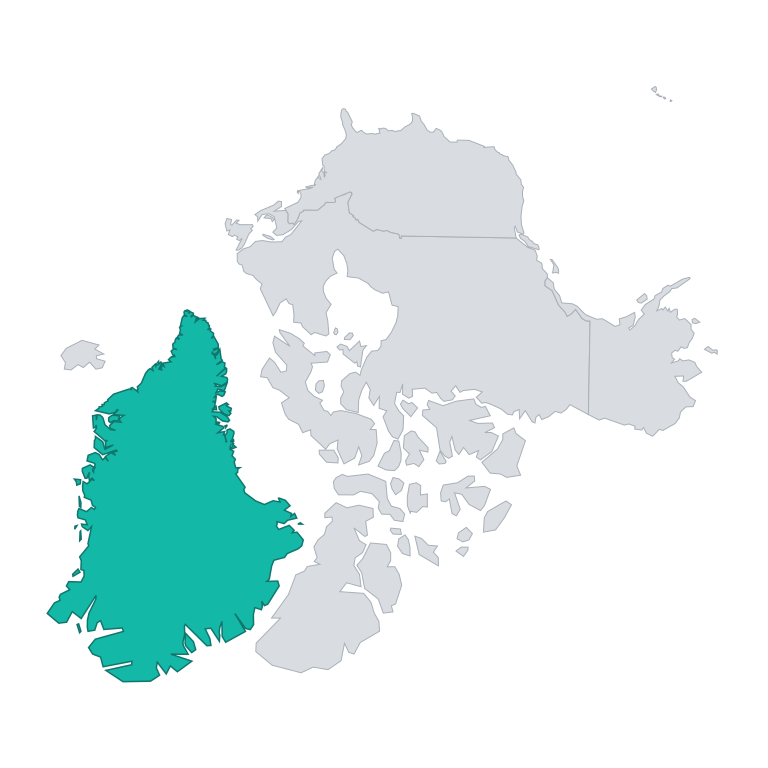 Greenland highlighted, Mercator projection, rotated 181°
{"feature_id": "GRL", "entity_name": "Greenland", "entity_type": "country or territory", "adm_level": 0, "iso_a3": "GRL", "parent_name": "North America", "parent_adm1": "", "projection": "mercator", "projection_center": [-41.68, 71.708], "detail": "fine", "context": "with_neighbors", "style": "filled", "palette": "teal", "viewbox_px": 768, "rotation_deg": 181, "n_neighbors": 3, "source": "natural_earth", "source_scale": "50m", "svg_char_len": 18370}
<svg xmlns="http://www.w3.org/2000/svg" viewBox="0 0 768 768"><g transform="rotate(181 384 384)"><path d="M254.4,532.3L242.9,523.2L235.3,520.5L233.0,514.6L233.6,510.4L228.3,507.5L227.6,502.0L222.6,496.8L222.5,493.2L224.8,489.7L224.7,485.0L217.6,480.3L210.8,465.9L204.2,459.0L202.0,454.8L197.8,457.5L193.8,462.0L187.2,453.1L183.2,450.7L179.1,450.5L179.1,357.0L197.7,366.6L201.4,361.7L206.4,358.1L212.5,359.5L218.8,354.2L225.6,351.2L228.4,356.2L231.5,353.4L232.4,347.6L235.3,349.0L242.3,359.8L247.8,351.6L248.4,360.8L253.5,358.8L255.1,355.3L260.1,356.0L266.4,361.0L276.1,365.3L281.9,367.3L285.9,366.5L291.5,372.3L285.7,377.8L293.2,380.2L304.4,378.9L307.9,377.0L312.3,383.5L316.8,378.0L312.6,373.3L315.3,369.4L323.7,367.7L327.0,370.5L331.2,376.5L335.8,375.7L343.1,380.6L355.6,379.2L355.2,372.2L358.9,370.3L365.3,374.1L365.3,384.5L367.9,375.7L371.2,376.0L373.1,364.6L368.7,357.4L363.8,352.5L364.2,338.6L369.1,329.1L374.5,331.3L378.7,337.0L384.4,351.2L380.7,357.2L388.4,359.6L388.4,371.4L393.9,362.4L398.9,369.8L397.7,378.1L401.7,385.5L406.0,377.6L409.0,367.9L409.3,355.0L421.3,357.7L426.9,363.5L427.1,369.3L424.0,375.3L426.9,381.2L426.4,386.4L418.3,393.8L412.5,395.4L408.2,392.2L407.0,397.4L401.8,410.2L397.0,416.7L391.0,417.3L387.8,421.3L387.5,427.3L382.7,428.4L377.6,435.7L373.1,445.5L371.5,452.1L371.2,461.6L377.3,463.0L381.1,476.2L386.9,474.7L394.7,478.0L398.8,480.9L401.8,484.4L411.4,489.5L422.7,490.7L422.1,496.9L423.3,503.9L426.4,511.6L432.5,518.0L435.7,515.8L438.0,508.9L435.8,497.9L432.9,494.1L439.5,490.8L444.2,485.6L446.5,480.4L446.2,475.3L443.4,468.8L438.3,462.8L443.2,454.3L441.4,446.7L440.0,433.1L442.9,431.0L454.3,434.3L457.7,432.0L466.7,440.1L468.0,443.5L475.4,444.1L475.2,451.2L476.6,461.6L480.4,462.8L483.4,467.5L489.4,463.1L493.4,454.1L496.1,450.3L509.4,477.1L507.7,481.9L513.2,486.1L516.9,490.3L523.6,492.1L526.2,494.4L527.9,500.4L531.1,501.4L532.8,504.0L533.1,511.7L527.1,516.6L520.2,518.9L515.0,524.3L508.0,525.3L499.1,524.0L488.6,524.4L485.1,529.0L479.8,531.8L469.1,545.7L472.6,544.7L479.3,536.7L488.0,531.4L494.2,530.8L497.8,533.9L493.9,538.1L496.6,549.3L502.0,552.2L508.8,551.4L513.0,544.6L513.3,549.0L516.0,551.2L510.8,555.0L497.5,560.9L492.9,565.0L489.7,564.6L489.6,559.7L496.8,554.9L485.5,555.8L482.8,552.5L482.8,544.3L481.0,542.5L478.2,543.5L476.8,541.9L473.7,546.5L470.9,553.9L467.8,555.1L467.4,556.6L453.5,556.6L446.7,562.3L445.4,564.6L437.5,564.6L435.6,565.5L436.6,568.9L431.1,571.7L426.9,572.6L422.0,575.6L419.1,573.9L423.3,564.9L421.6,554.6L417.3,551.8L417.8,550.7L416.0,550.0L415.0,547.6L413.1,548.1L413.3,547.5L412.3,546.9L411.9,545.3L397.4,536.6L393.7,538.4L387.2,536.8L383.9,537.6L379.8,535.7L372.7,534.3L371.4,533.3L370.7,529.8L369.3,529.8L369.3,532.3L254.4,532.3ZM415.6,431.9L418.7,427.7L424.4,427.8L424.3,429.6L419.4,434.5L416.5,434.3L415.6,431.9ZM433.1,317.0L428.5,309.5L428.7,304.2L440.2,304.8L447.4,312.8L447.7,316.7L433.1,317.0ZM430.9,435.2L432.5,432.5L434.2,432.7L435.2,434.5L433.6,439.2L431.8,438.4L430.9,435.2ZM375.7,284.4L373.4,290.6L367.4,289.4L362.4,285.3L364.6,278.0L370.5,273.5L374.2,279.3L375.7,284.4ZM374.7,240.0L365.1,239.3L364.0,233.9L372.3,234.1L375.2,237.8L374.7,240.0ZM362.6,214.8L367.6,222.1L366.5,229.4L360.3,233.5L357.0,228.9L355.2,221.3L354.9,212.5L362.6,214.8ZM398.3,293.7L380.6,286.7L378.7,269.5L374.5,262.0L365.9,259.8L361.1,254.3L362.7,246.8L371.2,247.9L375.8,253.8L384.0,253.8L387.6,259.7L386.6,266.3L394.0,274.1L405.7,276.3L412.3,272.6L427.5,272.4L431.9,278.7L432.9,285.3L430.3,289.5L424.1,292.9L418.8,291.0L398.3,293.7ZM302.4,227.5L308.3,230.6L306.9,236.5L299.2,242.1L293.0,235.9L296.4,229.6L302.4,227.5ZM301.5,213.0L309.1,218.3L304.0,222.3L297.1,222.3L297.2,219.3L301.5,213.0ZM534.2,515.4L528.4,527.1L531.2,524.9L533.9,526.3L532.5,528.5L536.2,530.3L538.1,528.7L542.2,530.7L540.9,535.3L543.8,534.2L545.7,541.4L543.9,546.7L539.3,545.8L540.2,540.8L539.0,540.1L534.2,545.4L531.8,545.1L534.7,542.3L530.7,540.8L518.2,541.0L517.6,539.1L520.1,537.0L518.3,535.3L521.8,531.5L526.1,521.2L528.7,517.4L532.3,515.1L534.2,515.4ZM413.6,404.3L425.4,413.3L425.7,417.8L428.8,417.1L431.7,420.2L428.1,423.2L421.6,420.9L419.3,416.7L409.2,426.5L407.8,421.1L402.2,422.0L405.8,417.3L407.8,400.6L410.8,401.5L411.5,405.9L413.6,404.3ZM437.3,323.3L441.2,317.8L456.1,331.2L456.6,336.9L464.4,333.9L468.7,342.2L478.7,347.1L482.3,352.1L486.2,363.3L478.6,368.6L488.4,376.0L495.0,378.4L500.9,388.3L507.5,389.1L506.2,396.4L498.9,408.0L493.8,403.8L487.3,394.0L481.9,395.3L481.4,401.1L493.1,414.0L495.8,423.3L494.3,429.9L478.7,420.0L488.9,433.4L489.6,436.5L478.3,433.0L469.4,427.8L464.4,423.3L465.8,420.7L453.6,411.1L453.7,413.9L441.7,415.5L438.2,412.2L440.9,405.0L457.2,403.5L455.8,399.9L457.3,394.8L462.7,384.6L459.9,376.0L453.6,370.5L445.2,366.6L447.8,363.7L443.4,356.4L439.8,355.7L436.5,351.5L434.3,355.1L426.7,356.7L411.6,354.0L396.1,348.5L392.7,344.2L397.0,338.3L391.1,338.3L389.8,324.9L393.0,312.4L397.3,306.5L408.0,302.6L404.9,312.0L408.2,320.8L412.0,309.4L422.6,303.4L429.7,318.3L429.1,327.2L437.3,323.3ZM372.0,297.6L380.6,298.1L388.6,301.8L382.4,314.7L377.4,317.5L373.0,327.7L368.2,327.2L365.6,315.1L365.7,308.0L367.9,301.7L372.0,297.6ZM254.4,265.5L261.4,252.2L269.9,240.1L282.0,237.6L281.4,252.0L278.2,258.3L260.0,269.2L254.4,265.5ZM213.5,498.6L217.4,498.0L216.2,506.0L219.8,511.5L218.2,511.4L212.0,503.0L211.3,499.9L211.5,497.7L213.5,498.6ZM326.4,203.1L345.8,214.0L350.5,232.4L343.8,230.2L336.9,223.6L327.7,222.9L331.7,216.7L326.7,211.5L326.4,203.1ZM251.6,535.3L249.5,536.2L242.7,533.4L241.5,531.1L237.8,528.9L237.0,527.1L232.8,525.9L231.2,522.4L231.5,520.9L242.3,524.0L245.8,529.2L249.9,531.9L251.6,535.3ZM259.8,292.8L265.7,296.0L276.3,296.8L284.8,307.4L269.4,321.0L264.3,330.5L264.3,336.2L253.4,342.4L251.2,336.8L241.6,329.8L249.8,304.4L245.8,295.2L259.8,292.8ZM316.7,270.2L320.4,267.3L324.8,268.1L325.5,276.3L323.0,284.0L308.9,286.5L298.5,293.3L292.2,293.6L291.6,288.6L300.2,281.5L281.5,283.4L275.7,280.5L281.4,264.1L285.3,259.2L296.9,265.1L304.3,275.1L311.6,276.4L305.6,260.1L309.4,253.5L313.7,255.6L316.7,270.2ZM322.1,313.2L326.8,318.9L330.7,341.2L345.1,353.3L344.7,358.6L337.8,359.5L340.5,364.0L339.1,368.3L324.5,363.3L311.8,368.0L293.9,370.7L291.7,365.3L286.0,362.2L282.3,363.5L277.2,354.1L297.7,349.1L289.6,346.2L274.9,346.9L272.7,342.3L282.3,337.2L275.9,337.4L268.7,333.9L275.0,318.4L286.2,309.8L290.4,312.5L288.3,319.1L297.6,314.9L303.3,321.9L308.0,314.8L311.8,319.4L315.2,332.7L317.3,327.2L314.3,313.0L318.0,310.9L322.1,313.2ZM347.4,318.4L342.8,309.1L347.7,302.0L352.7,305.1L360.1,303.2L361.1,307.5L357.3,314.4L363.5,320.4L362.8,332.6L356.0,337.6L352.0,336.6L349.1,331.6L338.8,321.1L338.9,316.7L347.4,318.4ZM321.8,305.6L327.4,305.0L330.5,308.2L326.9,317.6L320.4,307.6L321.8,305.6ZM355.4,254.9L358.6,263.1L358.7,271.9L356.8,284.1L350.0,285.8L345.5,283.2L345.6,273.6L338.8,274.9L338.5,261.7L343.0,262.2L349.2,256.2L355.1,257.2L355.4,254.9ZM362.8,183.2L368.6,164.2L372.8,162.4L371.0,156.3L380.7,154.9L386.0,169.0L399.8,179.2L403.0,195.0L408.0,202.3L402.3,208.9L394.7,224.8L378.7,223.6L374.3,215.1L374.3,207.3L377.6,201.3L370.0,201.5L365.5,193.9L362.8,183.2ZM384.1,136.8L403.2,125.2L409.3,113.4L414.5,115.1L419.0,124.0L422.1,106.6L435.0,97.4L449.9,99.7L461.9,93.8L491.0,100.9L507.5,114.2L507.3,122.7L483.4,148.1L492.4,148.0L475.9,171.8L468.8,191.7L460.2,195.6L457.6,200.2L445.0,202.6L450.7,205.4L447.8,209.3L451.3,219.8L447.3,226.9L440.9,232.6L439.0,240.2L433.2,245.9L433.7,250.1L440.8,249.3L440.9,253.8L429.8,264.5L419.0,259.6L406.8,262.4L392.8,259.3L392.3,250.6L399.9,246.4L397.9,232.6L400.4,231.2L411.5,239.6L405.9,227.0L399.1,223.0L402.5,214.9L409.8,209.8L411.0,202.1L405.2,193.2L403.4,180.9L418.0,184.6L424.5,175.6L400.6,174.3L393.3,165.6L389.8,154.8L385.0,146.7L384.1,136.8ZM452.0,382.8L449.3,386.0L444.7,386.5L443.6,381.3L445.4,375.1L449.2,373.5L452.4,376.6L452.0,382.8ZM364.7,359.7L367.2,364.2L364.7,368.2L359.1,364.7L355.7,366.0L350.0,360.7L356.6,351.8L364.7,359.7ZM496.4,526.7L497.8,526.1L503.3,527.8L507.5,530.4L507.7,531.6L500.3,529.7L496.4,526.7ZM498.5,544.4L499.9,547.4L506.8,548.0L504.8,550.5L503.2,550.9L498.0,548.3L496.9,546.3L498.5,544.4Z" fill="#d9dde1" stroke="#a8b0b8" stroke-width="1"/><path d="M254.4,532.3L369.3,532.3L369.3,529.8L370.7,529.8L371.4,533.3L372.7,534.3L379.8,535.7L383.9,537.6L387.2,536.8L393.7,538.4L397.4,536.6L411.9,545.3L412.3,546.9L413.3,547.5L413.1,548.1L415.0,547.6L416.0,550.0L417.8,550.7L417.3,551.8L421.6,554.6L423.3,564.9L419.2,573.3L419.6,574.7L421.0,575.6L436.6,568.9L435.6,565.5L437.5,564.6L445.4,564.6L446.7,562.3L453.5,556.6L467.4,556.6L467.8,555.1L470.9,553.9L473.7,546.5L476.8,541.9L478.2,543.5L481.0,542.5L482.8,544.3L482.8,552.5L486.3,557.7L473.2,564.2L470.3,568.9L470.2,571.9L471.6,574.9L473.3,575.0L472.9,573.0L474.1,574.2L473.8,575.8L461.7,578.1L458.3,579.7L464.4,578.7L465.6,579.7L459.8,581.3L457.1,581.4L457.3,580.7L456.0,582.2L457.2,582.4L456.3,586.3L453.3,590.5L453.0,589.1L450.7,587.5L451.6,590.4L452.6,591.3L452.7,593.3L449.0,599.6L449.9,595.8L447.8,593.8L447.3,589.3L446.5,591.7L447.4,595.0L444.7,594.2L447.5,595.9L447.7,600.9L448.9,601.2L449.9,608.1L447.3,611.9L443.0,613.4L440.2,616.3L438.2,616.7L436.1,618.5L435.5,620.2L430.9,623.4L426.6,628.6L426.0,632.0L426.7,635.4L429.9,642.8L430.0,644.9L431.9,650.3L431.6,655.2L430.6,658.0L429.3,658.6L427.3,658.0L426.6,656.0L425.1,655.0L420.3,645.6L421.2,642.4L420.0,639.8L416.8,635.9L415.2,635.1L411.0,637.3L408.2,634.8L405.6,633.6L400.9,634.2L397.2,633.7L392.4,634.8L393.1,636.1L393.0,638.0L393.9,638.9L393.1,639.6L391.6,638.9L390.0,639.8L387.0,639.6L383.9,637.1L380.3,637.7L377.3,636.6L371.2,638.0L367.4,641.6L363.3,643.6L361.0,645.8L360.1,647.9L360.1,651.2L361.0,655.0L359.4,655.1L353.2,652.6L351.2,647.2L348.7,644.5L345.2,638.5L342.3,636.6L338.9,636.7L336.3,640.5L332.8,639.0L330.7,637.6L328.3,632.5L322.2,627.1L315.0,627.1L315.0,629.1L303.4,629.1L287.7,623.3L288.1,622.3L278.1,623.2L277.4,620.7L274.7,617.9L272.8,617.3L272.3,615.8L270.0,615.6L268.5,614.2L264.7,613.7L263.6,612.9L263.1,610.1L259.1,605.0L255.6,597.8L255.8,596.6L250.7,590.4L250.2,586.0L247.9,583.1L248.9,578.5L248.7,573.8L247.4,569.5L249.0,564.1L250.0,553.5L249.3,545.5L246.7,537.4L247.3,536.2L253.3,538.3L255.5,544.1L256.5,542.5L254.4,532.3ZM179.1,357.0L179.1,450.5L183.2,450.7L187.2,453.1L193.8,462.0L197.8,457.5L202.0,454.8L204.2,459.0L210.8,465.9L217.6,480.3L224.7,485.0L224.8,489.7L222.5,493.2L216.5,488.1L215.4,481.7L210.0,475.5L207.8,468.2L197.2,467.5L192.3,465.2L183.8,456.9L172.5,452.4L166.8,453.1L153.7,445.6L149.1,447.4L149.9,453.2L142.8,455.5L134.6,460.0L134.0,455.2L135.9,447.0L140.3,444.3L139.1,442.2L133.9,447.0L131.0,452.5L125.0,458.4L128.1,462.3L124.2,468.0L115.5,473.7L114.5,477.0L108.0,481.0L106.7,484.5L101.9,487.6L99.0,487.0L87.5,494.0L80.4,496.0L79.7,494.8L92.7,485.2L97.9,484.4L99.9,481.3L105.7,476.8L109.7,472.5L110.4,466.6L112.5,461.9L107.7,464.3L106.4,462.9L104.1,465.8L101.4,461.8L100.3,464.7L98.8,460.7L94.6,463.9L92.1,463.9L91.7,459.1L92.5,456.1L89.8,453.1L84.4,454.7L78.0,448.8L78.0,444.0L74.8,440.3L76.4,435.3L79.8,430.3L81.3,425.6L84.7,424.9L87.5,426.4L90.8,421.9L93.9,422.7L97.0,419.8L96.3,415.5L93.9,413.8L97.0,410.1L90.0,412.3L88.8,414.4L85.5,412.3L79.6,413.4L73.6,411.1L71.8,407.1L66.6,401.3L81.7,392.0L85.1,392.0L84.5,397.2L93.3,396.8L89.9,390.4L84.8,386.4L77.9,376.3L72.2,372.7L74.5,366.8L81.8,366.4L87.1,361.1L88.1,355.3L92.3,349.5L104.2,342.5L108.0,343.4L114.4,336.5L120.7,339.3L123.7,345.0L125.5,342.5L132.5,343.3L132.3,346.2L138.6,348.3L142.9,347.1L162.8,353.7L168.3,351.7L179.1,357.0ZM51.5,419.7L54.1,421.5L56.7,420.5L64.2,424.2L60.7,427.2L55.9,423.5L52.3,424.0L51.3,423.2L51.5,419.7ZM119.3,681.1L121.8,683.6L118.1,686.2L117.1,685.6L116.5,682.7L117.4,681.5L117.4,680.2L119.3,681.1ZM116.8,678.0L115.1,678.9L113.9,677.3L114.3,676.9L116.8,678.0ZM113.7,676.2L113.5,676.7L111.3,676.6L111.6,676.0L113.7,676.2ZM108.4,673.8L110.0,675.6L109.7,675.8L108.0,675.6L107.3,674.4L108.4,673.8ZM102.9,671.6L102.5,673.1L101.1,672.2L101.9,671.5L102.9,671.6ZM73.4,449.8L76.7,450.6L77.1,453.8L74.5,455.1L69.3,451.3L73.4,449.8ZM128.3,469.4L131.1,469.9L132.8,472.4L125.1,478.9L123.0,477.0L122.3,473.4L128.3,469.4Z" fill="#d9dde1" stroke="#a8b0b8" stroke-width="1"/><path d="M703.9,393.3L702.9,399.9L707.6,406.8L702.2,414.2L686.7,422.4L669.7,418.0L673.7,413.8L664.7,409.1L672.1,407.2L671.9,404.3L663.2,401.9L666.0,395.3L672.3,393.8L678.7,400.7L685.0,395.2L690.3,398.1L697.0,392.6L703.9,393.3Z" fill="#d9dde1" stroke="#a8b0b8" stroke-width="1"/><path d="M639.8,81.8L657.1,92.8L631.4,98.9L631.2,102.4L659.9,96.4L662.6,106.0L670.6,108.9L674.8,115.3L668.2,123.8L640.1,132.1L641.5,135.5L659.8,133.7L663.3,142.4L666.6,140.4L668.9,132.8L675.6,131.6L676.4,135.6L676.4,142.6L674.9,149.9L668.4,163.7L668.2,167.6L682.7,144.2L691.7,151.0L697.2,140.3L705.0,139.2L716.7,148.7L709.6,159.5L704.1,162.0L705.1,165.2L703.9,168.0L694.6,172.9L698.0,176.5L695.7,180.9L683.5,180.7L680.5,186.7L680.8,192.3L683.8,193.2L683.6,202.0L685.3,205.8L676.4,217.1L677.2,219.2L673.9,236.3L677.5,232.3L683.2,236.1L684.0,238.7L678.3,238.1L680.2,242.9L687.6,244.9L688.2,247.3L688.0,251.2L686.9,254.1L679.1,251.2L674.4,255.4L671.4,253.5L670.3,255.6L673.3,257.5L674.9,262.8L681.7,265.5L681.3,267.6L683.2,271.7L683.6,276.1L683.1,281.2L679.1,279.0L674.3,283.7L671.9,282.2L674.1,284.7L677.0,282.9L677.8,287.2L676.8,289.6L677.5,289.9L679.4,284.5L681.2,284.5L684.1,291.3L684.1,294.4L676.4,298.0L673.0,295.9L673.8,292.3L672.9,291.0L672.9,293.7L671.4,295.3L672.0,296.5L671.4,298.7L672.3,299.8L679.6,301.9L678.5,307.6L671.4,310.4L667.7,308.6L663.9,303.2L661.7,305.6L658.2,301.9L661.3,306.5L656.0,310.6L651.0,308.0L654.0,310.7L649.7,312.3L650.6,313.3L664.0,308.4L672.7,315.4L672.5,322.6L671.7,323.4L671.6,326.5L664.2,321.3L661.9,313.7L653.5,318.3L661.1,315.7L661.6,321.2L659.5,322.7L662.1,322.4L673.0,331.5L670.7,334.7L670.8,336.2L671.1,338.0L671.6,335.6L673.8,335.0L674.8,347.1L671.2,347.9L671.0,342.9L670.0,348.2L667.3,348.0L664.6,345.6L662.2,338.3L656.7,333.7L651.7,333.0L656.9,334.9L657.6,337.7L653.2,341.8L646.3,341.2L648.0,343.2L647.3,345.5L643.5,348.1L654.1,348.7L649.5,353.2L650.5,353.7L652.0,351.1L658.2,349.3L672.0,352.3L668.3,355.0L668.5,356.1L665.1,356.7L665.6,358.5L663.3,358.6L663.3,360.3L659.6,362.4L660.0,363.5L654.2,369.1L638.8,374.5L636.6,374.0L637.1,375.4L635.6,376.1L630.0,371.9L630.6,373.9L629.8,374.4L630.6,376.8L626.7,380.5L622.6,390.5L620.4,393.5L618.1,395.4L615.3,393.5L616.3,396.6L613.2,399.7L612.5,397.9L612.0,400.1L610.3,399.3L607.5,402.1L606.4,400.9L609.4,394.9L605.8,394.0L607.5,395.3L605.9,399.0L604.3,397.9L605.6,400.9L597.4,402.5L599.9,404.6L597.1,407.5L593.6,407.7L594.1,409.3L595.4,408.8L597.4,413.1L594.9,415.5L591.6,414.8L595.6,416.4L595.9,420.2L593.8,422.2L593.5,424.4L592.4,426.4L589.1,425.0L591.4,427.2L590.2,429.3L585.9,429.5L589.2,430.9L588.5,434.6L589.4,437.2L587.4,438.4L588.5,438.7L586.9,446.6L585.5,448.7L581.9,448.1L584.8,449.8L585.2,452.5L584.4,453.7L581.7,452.8L583.0,454.2L581.9,454.6L579.8,453.7L580.6,450.8L579.0,452.9L575.8,451.4L575.9,449.9L577.5,449.2L578.4,447.5L575.8,449.3L573.0,447.9L572.7,446.5L573.8,442.8L569.6,446.2L564.2,446.6L565.9,444.6L563.3,444.6L563.2,443.0L561.1,442.2L560.6,440.1L559.6,439.5L560.0,438.7L559.2,436.9L561.5,435.2L558.2,435.9L558.5,433.9L555.3,431.7L555.4,429.5L557.5,426.5L555.0,428.6L550.5,421.0L550.2,417.6L555.6,415.6L554.6,415.7L554.8,414.7L550.2,416.7L549.6,415.7L551.5,412.3L553.8,411.1L555.2,411.1L556.6,413.4L556.1,410.9L554.5,410.3L552.7,406.0L553.6,410.0L551.6,411.6L551.9,410.1L551.4,410.4L548.7,415.6L547.3,406.5L546.1,404.8L552.1,400.3L546.1,403.4L543.4,402.1L543.8,398.2L542.6,397.5L551.6,388.8L544.0,395.9L541.6,396.4L541.6,393.7L542.5,391.3L546.7,388.9L541.3,387.7L540.5,386.1L540.9,383.1L546.2,379.4L554.1,381.9L551.8,380.1L552.6,378.9L546.9,378.5L541.1,381.7L543.6,374.4L550.0,376.1L551.8,372.4L547.5,374.3L542.6,373.4L544.0,369.9L545.8,368.8L549.9,370.8L551.9,370.0L553.3,367.8L551.5,368.4L552.1,363.9L555.4,363.4L552.2,363.0L553.3,357.6L555.2,356.0L554.6,354.4L555.3,353.2L547.3,352.9L540.0,348.4L537.8,344.9L539.4,343.4L545.0,344.3L550.3,348.2L553.8,348.7L551.2,346.3L551.4,343.0L549.3,341.0L552.4,341.1L544.2,338.8L543.7,337.1L549.3,332.3L542.4,333.7L543.6,330.6L542.8,330.9L540.8,324.1L541.5,323.1L540.3,323.7L542.3,329.5L540.0,332.6L540.2,335.2L537.2,336.4L533.4,334.0L533.1,332.2L534.6,326.6L536.6,323.2L533.5,325.6L533.3,324.0L534.7,323.3L533.4,321.9L536.2,320.3L537.0,316.1L533.1,314.1L534.7,309.6L531.3,306.2L532.4,303.2L530.8,297.7L526.6,297.8L528.8,296.3L528.8,293.1L530.7,291.6L521.1,278.4L522.4,275.9L521.3,272.8L510.2,264.8L501.5,261.4L492.9,265.3L485.8,264.2L487.5,267.9L486.8,268.1L480.6,266.0L475.8,260.6L481.5,256.1L474.1,252.9L474.9,249.9L471.1,253.0L468.9,248.4L477.9,246.1L481.4,242.7L488.6,244.5L488.4,242.4L489.1,240.1L486.8,236.7L476.3,241.0L471.3,236.2L473.2,233.7L468.4,234.3L462.0,226.7L463.4,220.8L466.8,217.8L477.8,212.8L480.4,208.9L491.0,205.9L493.2,200.0L495.3,186.9L497.8,184.6L486.8,185.1L485.3,180.2L496.4,161.8L499.7,160.3L502.5,164.8L501.7,159.6L502.7,156.2L509.2,158.2L510.6,151.1L510.2,141.1L513.4,136.1L518.1,137.1L529.2,152.0L518.2,134.2L537.8,123.0L541.4,128.8L541.9,143.8L544.0,137.5L544.5,132.5L543.8,130.1L544.1,123.9L552.9,136.8L558.5,136.1L553.7,126.5L552.5,119.6L556.5,119.2L578.5,140.2L579.3,138.2L578.9,130.6L580.5,122.5L580.2,119.2L575.1,110.3L592.5,110.2L571.3,103.5L585.6,92.7L592.7,98.4L596.7,90.3L605.8,101.9L606.7,96.3L603.3,88.9L612.2,82.8L639.8,81.8ZM543.0,351.1L548.2,355.9L548.8,358.3L541.1,362.4L539.3,360.7L541.5,360.0L540.8,359.1L536.2,357.0L536.8,354.2L538.7,354.3L536.6,352.0L538.5,349.7L543.0,351.1ZM658.6,342.1L658.7,345.5L655.3,348.0L647.8,347.6L649.5,342.2L653.6,342.7L657.0,340.6L658.6,342.1ZM578.0,131.2L570.1,123.1L567.6,115.1L571.6,112.1L577.7,118.9L578.4,121.4L578.0,131.2ZM691.9,188.4L686.7,193.6L684.7,190.5L691.6,186.3L691.9,188.4ZM689.4,277.5L689.9,280.8L691.9,283.5L685.7,283.0L685.9,278.9L689.4,277.5ZM687.0,266.8L684.9,260.0L685.0,255.3L686.4,256.3L687.0,266.8ZM535.8,317.2L533.5,320.4L530.9,318.2L535.0,316.5L535.8,317.2ZM686.7,138.2L685.1,138.8L682.7,131.4L684.0,130.0L686.7,138.2ZM552.4,358.9L551.5,359.0L551.0,355.3L553.8,355.4L552.4,358.9ZM685.3,231.1L684.7,231.8L684.0,223.6L685.5,222.0L685.3,231.1ZM467.7,242.4L465.3,243.8L463.3,242.5L467.7,242.4ZM542.4,339.2L540.5,340.1L540.2,339.5L541.8,337.3L542.4,339.2ZM690.5,236.4L688.5,237.1L690.7,233.4L690.5,236.4ZM572.4,445.1L571.7,447.5L570.0,446.5L572.4,445.1ZM549.7,343.0L547.8,342.8L547.7,342.4L548.5,341.4L549.7,343.0ZM610.8,401.4L609.8,402.7L609.7,401.1L610.8,401.4Z" fill="#14b8a6" stroke="#0f766e" stroke-width="1.5"/></g></svg>